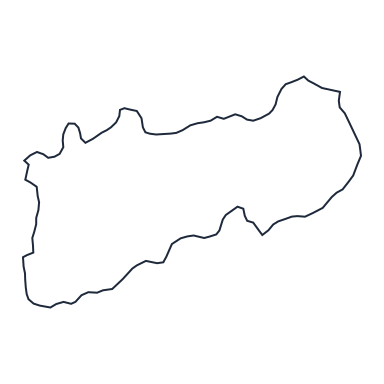 outline of Umbuzeiro, Paraíba, Brazil
{"feature_id": "56859067B44750581853344", "entity_name": "Umbuzeiro", "entity_type": "district", "adm_level": 2, "iso_a3": "BRA", "parent_name": "Brazil", "parent_adm1": "Paraíba", "projection": "robinson", "projection_center": [-35.745, -7.683], "detail": "fine", "context": "isolated", "style": "outline", "palette": "slate", "viewbox_px": 384, "rotation_deg": 0, "n_neighbors": 0, "source": "geoboundaries", "source_scale": "gbopen_adm2", "svg_char_len": 1771}
<svg xmlns="http://www.w3.org/2000/svg" viewBox="0 0 384 384"><path d="M217.0,116.8L210.6,120.7L203.9,122.3L197.7,123.2L190.4,125.3L182.7,130.1L176.3,132.9L170.7,133.6L164.1,134.0L156.1,134.5L149.9,133.7L145.4,132.3L142.9,127.4L141.5,118.2L136.8,111.0L129.3,109.4L124.4,108.2L120.0,109.9L119.3,116.1L116.1,122.4L111.0,127.3L106.7,130.2L101.7,132.7L92.8,138.9L85.4,142.8L81.0,138.4L80.1,133.2L78.4,127.6L74.7,123.7L68.6,123.5L65.7,128.1L63.3,134.3L62.7,140.4L63.3,147.2L59.6,153.9L54.5,156.7L48.2,157.8L43.3,154.2L36.9,152.0L30.3,155.3L24.3,160.6L28.7,164.7L27.5,169.7L25.3,179.7L30.3,182.4L36.7,186.8L37.7,196.1L39.1,202.3L38.4,210.1L36.2,218.0L36.2,224.2L34.3,231.6L32.3,238.0L33.0,245.7L33.3,252.6L27.0,255.1L23.0,257.2L23.6,266.5L25.0,273.4L25.2,279.8L25.8,287.6L26.7,294.1L28.5,299.2L33.6,303.6L39.8,305.6L50.4,307.5L56.3,304.0L63.6,301.9L71.1,303.8L75.4,301.9L81.5,295.2L88.3,292.2L97.1,292.7L103.0,290.3L112.2,289.0L122.7,279.1L132.4,268.5L136.8,265.4L145.9,260.9L157.1,263.2L163.3,262.3L166.3,256.8L171.9,244.0L180.7,238.3L187.4,236.4L193.6,235.5L204.2,238.0L209.5,236.6L216.3,234.4L219.4,230.5L222.8,219.5L225.8,215.0L237.5,206.7L243.3,208.7L244.8,215.9L247.2,220.8L253.2,222.6L259.4,231.1L262.3,235.0L268.4,230.3L273.2,224.5L278.2,221.4L285.5,218.9L291.9,216.6L297.4,216.1L305.0,216.7L312.7,213.1L322.7,207.9L331.7,197.1L336.6,192.7L342.6,189.4L348.8,181.5L353.2,175.5L357.4,164.4L361.0,155.8L360.2,149.3L359.5,144.2L348.8,121.6L344.8,113.3L339.7,107.4L338.8,100.8L340.0,91.9L322.0,88.0L313.7,83.4L308.3,80.6L303.9,76.5L297.7,79.7L291.1,82.3L285.7,84.2L281.5,88.9L277.4,97.0L275.6,104.4L272.5,110.1L269.1,113.6L260.6,118.2L253.2,120.7L247.0,119.6L241.8,116.3L235.2,114.3L229.4,116.6L223.8,118.8L217.0,116.8Z" fill="none" stroke="#1e293b" stroke-width="2"/></svg>